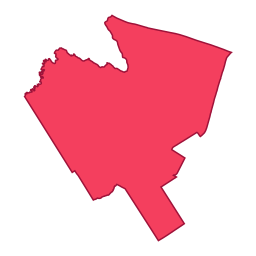 Escobar, Buenos Aires, Argentina
{"feature_id": "61730980B31258778220086", "entity_name": "Escobar", "entity_type": "district", "adm_level": 2, "iso_a3": "ARG", "parent_name": "Argentina", "parent_adm1": "Buenos Aires", "projection": "orthographic", "projection_center": [-58.819, -34.343], "detail": "fine", "context": "isolated", "style": "filled", "palette": "rose", "viewbox_px": 256, "rotation_deg": 0, "n_neighbors": 0, "source": "geoboundaries", "source_scale": "gbopen_adm2", "svg_char_len": 5332}
<svg xmlns="http://www.w3.org/2000/svg" viewBox="0 0 256 256"><path d="M231.4,52.4L228.9,51.6L223.7,49.5L210.9,44.9L204.5,42.9L196.6,40.4L186.2,36.7L179.8,34.7L176.7,33.9L154.7,29.4L147.6,27.9L147.1,27.6L144.8,27.0L135.9,24.4L134.2,24.0L132.7,23.8L127.9,22.7L124.5,21.4L116.8,18.1L112.8,15.9L112.0,15.4L110.7,16.9L110.1,17.1L108.8,17.4L108.4,17.7L108.0,18.2L107.6,19.6L107.5,20.4L107.2,20.8L106.8,21.1L105.6,21.8L104.9,22.4L104.8,22.8L104.9,23.4L105.3,24.5L107.1,27.2L108.0,29.1L109.0,30.3L109.6,30.7L110.1,31.3L111.6,33.8L112.4,35.3L112.5,35.8L112.5,37.6L112.8,38.3L113.2,38.7L114.0,39.4L115.8,40.2L117.0,41.2L117.2,41.6L117.4,42.1L117.9,44.6L119.8,50.0L120.8,51.8L121.9,53.1L122.3,54.0L122.6,57.0L122.8,57.4L123.2,57.6L124.1,57.7L125.1,58.2L126.0,59.0L126.5,59.8L126.7,60.3L126.9,62.5L127.9,64.9L128.1,67.0L128.1,67.5L128.0,68.0L127.0,71.1L126.5,71.3L125.4,71.5L125.0,71.7L124.7,72.2L124.2,72.1L123.2,71.9L121.8,71.2L120.5,70.8L118.9,69.6L116.9,68.4L116.2,68.4L115.1,68.5L114.7,68.3L114.1,67.6L113.5,67.1L112.8,66.0L111.9,65.4L110.9,64.4L110.5,64.2L109.3,63.3L108.4,63.3L107.3,62.8L107.1,62.8L106.9,63.0L107.1,64.2L107.0,64.5L106.2,64.8L105.9,65.1L105.0,65.9L104.6,66.6L104.2,66.9L103.1,67.0L102.1,66.8L101.6,67.0L101.1,67.3L100.8,67.5L100.5,67.5L99.7,67.1L98.8,66.5L98.5,66.2L98.4,65.6L96.9,64.4L95.4,63.7L94.3,63.0L93.9,63.0L93.3,62.6L92.6,61.8L92.3,61.6L91.9,61.5L91.2,61.0L90.4,60.6L89.5,59.7L89.2,59.5L88.8,59.7L88.5,59.5L89.0,58.8L89.1,58.6L88.9,58.5L88.7,58.5L88.3,58.7L87.8,59.3L87.3,59.6L86.7,59.8L86.2,59.8L85.7,60.2L85.3,60.4L84.6,60.6L84.3,60.9L83.5,61.0L82.6,60.8L81.9,60.4L80.0,58.6L79.0,58.0L78.2,57.9L77.9,57.7L77.0,56.9L75.6,56.3L75.3,56.0L75.1,55.7L75.1,55.2L74.4,54.6L74.3,54.3L74.1,54.1L73.9,54.0L73.7,54.1L73.7,55.0L73.4,55.3L72.8,55.6L72.4,55.6L72.2,55.6L71.8,55.1L71.6,55.2L71.5,55.7L71.3,55.9L71.1,55.9L70.9,55.8L70.5,55.3L69.1,54.4L68.6,54.0L68.4,53.7L67.2,52.7L66.8,51.6L66.5,50.8L66.4,50.5L66.2,50.3L64.2,49.5L63.2,48.9L62.3,48.8L61.6,48.0L61.2,48.0L59.6,48.2L58.6,49.7L58.2,50.1L57.7,50.2L56.6,50.1L56.1,50.3L55.9,50.5L54.7,52.2L54.5,52.9L54.4,53.1L54.6,53.4L55.7,53.8L55.9,54.0L55.9,54.3L55.9,55.5L55.7,56.3L55.7,56.7L56.2,57.5L57.0,58.2L57.3,58.4L57.9,58.9L57.9,59.2L57.9,59.5L57.7,59.7L56.8,60.1L55.9,60.2L55.6,60.4L55.5,60.6L55.4,60.9L55.5,61.6L55.3,63.0L55.0,63.4L54.4,63.5L54.0,63.4L52.5,62.7L52.1,62.3L51.3,61.4L50.6,60.1L50.0,59.5L49.5,58.7L48.8,58.8L48.6,58.9L48.5,59.8L48.2,60.2L47.9,60.4L47.0,60.3L46.7,60.2L46.0,59.5L45.6,59.3L45.4,59.4L45.2,59.6L45.3,60.2L46.1,61.2L46.0,61.6L45.4,61.4L44.9,60.8L44.1,60.5L43.7,60.5L43.5,60.8L43.5,61.1L44.6,62.5L44.8,62.9L44.7,63.2L44.6,63.4L44.3,63.5L43.2,63.2L42.8,63.2L42.5,63.4L42.5,63.7L42.9,64.1L43.6,64.5L44.0,64.9L44.0,65.4L43.9,66.3L43.7,66.6L43.4,66.5L42.9,66.2L42.7,66.2L42.4,66.4L42.1,67.4L41.1,69.1L41.1,69.5L41.3,69.7L41.8,69.9L42.2,70.0L44.0,69.5L44.4,69.9L44.3,70.2L44.1,70.7L43.7,71.1L43.2,71.3L42.0,71.4L41.6,71.6L41.4,71.9L41.5,72.4L41.8,72.5L42.4,72.6L42.9,72.6L43.0,72.8L42.7,73.9L42.3,74.3L41.3,74.5L40.9,74.4L40.8,74.0L41.0,73.2L40.8,72.6L40.5,72.2L39.8,72.1L39.4,72.3L39.3,72.7L39.3,73.1L39.9,74.0L39.4,74.8L39.6,75.2L39.9,75.4L40.4,75.5L40.5,76.7L40.6,77.1L40.9,77.3L42.0,76.4L42.9,77.0L43.2,77.3L43.2,77.7L43.0,78.1L42.1,77.8L41.6,78.1L41.1,78.7L40.7,79.3L40.5,80.8L39.8,81.5L39.9,81.9L40.3,82.0L40.9,82.0L41.1,82.1L41.3,83.0L41.2,83.6L40.8,84.0L39.9,84.3L39.7,84.3L39.3,84.2L39.1,84.0L38.8,83.9L38.7,84.1L38.7,84.9L38.4,85.0L38.0,84.6L37.5,84.5L37.5,85.0L37.9,85.5L38.0,85.9L38.0,86.2L37.9,86.4L37.7,86.6L37.3,86.7L36.2,86.2L35.6,86.2L35.1,85.7L34.7,85.8L34.4,86.4L33.8,87.1L33.8,87.4L34.2,87.6L35.0,87.5L35.1,88.0L34.9,88.2L34.5,88.3L34.4,88.6L34.7,90.0L34.7,90.5L34.1,90.8L33.8,90.2L33.2,89.9L33.1,89.5L33.2,89.1L33.0,88.9L32.7,88.8L32.4,89.0L32.1,89.4L31.9,89.5L31.3,89.5L30.9,89.6L30.7,89.8L30.6,90.2L30.8,90.5L31.7,90.8L32.0,91.5L32.0,91.8L31.9,92.0L31.4,92.1L30.6,92.1L30.0,92.4L29.7,92.2L29.4,92.6L29.1,92.8L28.4,92.9L28.2,92.9L27.3,92.5L26.9,92.4L26.7,92.6L26.6,93.0L26.8,93.7L26.5,93.8L26.3,93.4L25.9,93.2L25.5,93.4L25.1,94.0L25.3,94.5L25.4,95.1L24.9,96.3L24.6,96.5L42.9,125.6L72.2,172.4L74.8,170.8L76.7,173.7L78.2,175.5L93.3,200.0L93.8,199.6L94.8,199.5L96.5,198.8L96.7,198.6L97.3,198.1L98.8,198.4L99.4,198.4L100.1,198.3L101.1,197.9L101.7,197.2L103.7,196.3L104.5,196.2L104.9,195.9L105.7,195.8L106.0,195.7L106.3,195.4L106.7,195.4L107.5,195.1L108.4,195.1L108.8,194.9L109.4,194.3L109.9,193.6L111.6,192.0L112.0,191.9L113.0,190.6L113.2,190.2L113.1,189.8L113.6,189.3L114.1,187.8L114.1,187.6L114.5,186.3L114.6,186.1L115.3,186.1L116.0,185.5L116.3,185.0L116.6,184.8L116.7,184.6L116.3,184.1L120.2,186.1L121.5,186.9L125.1,188.7L152.1,230.7L158.4,240.6L162.8,238.0L168.4,234.4L184.3,223.7L161.0,187.0L176.4,177.0L174.6,175.9L173.4,175.3L173.6,175.1L174.9,174.9L175.7,174.6L176.4,174.1L177.1,173.3L184.9,158.0L171.8,149.7L172.3,148.2L173.0,147.3L173.5,146.9L178.2,144.0L196.9,132.4L198.0,133.3L199.4,135.4L200.0,136.2L200.4,136.5L202.2,135.0L203.4,133.8L204.4,132.8L204.7,132.3L205.6,130.7L206.7,127.8L208.3,122.1L209.8,116.8L210.5,113.6L211.1,111.9L211.3,110.7L213.6,102.3L214.3,99.2L215.8,94.5L216.4,92.3L217.0,90.6L217.9,86.9L219.9,80.4L220.7,78.5L220.9,77.0L221.4,75.6L222.2,72.6L223.2,70.0L224.6,65.1L225.5,61.4L226.4,58.5L226.7,57.7L227.2,57.0L230.5,53.2L231.4,52.4Z" fill="#f43f5e" stroke="#9f1239" stroke-width="1.5"/></svg>